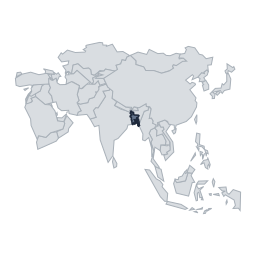 Asia, with Bangladesh highlighted
{"feature_id": "BGD", "entity_name": "Bangladesh", "entity_type": "country or territory", "adm_level": 0, "iso_a3": "BGD", "parent_name": "Asia", "parent_adm1": "", "projection": "equal_earth", "projection_center": [90.497, 23.681], "detail": "fine", "context": "in_parent", "style": "filled", "palette": "slate", "viewbox_px": 256, "rotation_deg": 0, "n_neighbors": 45, "source": "natural_earth", "source_scale": "50m", "svg_char_len": 15720}
<svg xmlns="http://www.w3.org/2000/svg" viewBox="0 0 256 256"><path d="M129.6,55.5L126.8,57.2L125.6,60.5L122.1,59.8L120.7,63.9L116.1,65.3L117.5,69.4L116.3,71.4L105.5,69.1L104.0,71.0L99.9,70.5L94.7,75.4L91.3,74.2L90.7,69.8L88.7,68.1L83.4,68.6L77.9,63.8L73.1,65.1L71.5,73.9L68.5,71.4L65.4,72.7L65.9,70.3L62.8,66.0L68.0,64.5L68.8,60.9L61.6,61.9L58.1,57.4L61.2,52.8L62.6,54.1L67.4,50.1L75.3,52.5L85.0,52.1L85.7,51.0L83.2,49.6L86.6,47.4L85.7,46.0L86.6,45.2L99.7,42.4L102.6,42.8L102.9,45.0L106.7,45.2L106.4,46.3L112.4,44.2L117.1,51.9L122.9,51.5L129.6,55.5Z" fill="#d9dde1" stroke="#a8b0b8" stroke-width="1"/><path d="M71.5,73.9L73.1,65.1L77.9,63.8L83.4,68.6L88.7,68.1L90.7,69.8L91.3,74.2L94.0,75.4L99.3,71.6L98.2,73.4L102.9,74.9L100.4,76.7L98.2,76.5L98.5,74.7L96.0,75.3L94.2,78.2L92.7,78.1L93.6,81.6L92.3,84.1L77.0,70.4L73.6,73.8L71.5,73.9Z" fill="#d9dde1" stroke="#a8b0b8" stroke-width="1"/><path d="M240.6,192.1L240.1,210.5L238.4,208.2L233.1,208.5L235.4,205.4L234.1,200.0L225.3,194.8L223.8,196.4L221.8,192.8L225.4,191.1L222.3,191.0L218.8,187.5L226.0,187.0L226.9,192.6L229.0,194.3L233.2,189.6L240.6,192.1ZM206.7,209.8L205.5,213.3L203.5,213.6L204.6,210.9L206.7,209.8ZM226.2,204.2L226.0,202.1L226.9,200.1L227.3,202.3L226.2,204.2ZM192.3,173.2L191.1,175.7L194.7,182.3L192.2,182.6L188.6,196.1L176.3,193.1L173.6,183.6L175.1,179.2L176.9,182.6L183.8,181.4L185.5,180.8L188.0,172.7L192.3,173.2ZM213.2,194.4L218.6,193.5L219.3,195.7L213.2,194.4ZM211.1,195.5L209.6,195.0L209.2,193.8L211.3,193.6L211.1,195.5ZM213.3,178.7L214.9,181.6L213.7,187.3L212.2,182.0L213.3,178.7ZM198.6,181.1L207.7,180.8L204.5,184.1L197.1,184.1L196.8,186.3L198.7,188.8L203.7,186.5L199.9,190.2L203.2,199.9L201.3,199.7L202.3,197.4L199.8,197.7L198.8,192.2L197.4,193.1L197.5,200.4L196.2,200.8L194.1,192.7L196.4,184.4L198.6,181.1ZM197.9,212.8L194.2,211.7L196.2,211.1L197.9,212.8ZM196.3,209.6L200.6,208.6L202.5,207.6L202.2,209.1L196.3,209.6ZM192.1,207.6L194.6,209.3L189.6,210.2L192.1,207.6ZM167.5,201.4L181.1,204.4L187.5,208.4L185.1,209.4L166.0,204.1L167.5,201.4ZM162.1,186.8L167.7,193.4L167.0,201.3L164.7,201.3L160.3,196.7L145.0,169.4L149.6,170.0L156.3,178.9L160.1,180.9L162.9,184.5L162.1,186.8Z" fill="#d9dde1" stroke="#a8b0b8" stroke-width="1"/><path d="M206.9,211.2L208.8,208.5L211.7,208.4L206.9,211.2Z" fill="#d9dde1" stroke="#a8b0b8" stroke-width="1"/><path d="M29.7,93.8L27.3,97.5L26.0,103.6L25.6,99.1L28.2,94.3L29.7,93.8Z" fill="#d9dde1" stroke="#a8b0b8" stroke-width="1"/><path d="M31.7,91.5L28.3,94.3L31.6,90.5L31.7,91.5Z" fill="#d9dde1" stroke="#a8b0b8" stroke-width="1"/><path d="M28.7,96.1L27.0,98.8L28.1,95.8L28.7,96.1Z" fill="#d9dde1" stroke="#a8b0b8" stroke-width="1"/><path d="M28.7,96.1L35.5,93.6L35.7,96.7L31.1,98.4L32.5,101.0L28.1,104.4L26.0,103.6L28.7,96.1Z" fill="#d9dde1" stroke="#a8b0b8" stroke-width="1"/><path d="M57.1,117.6L61.9,117.9L66.8,113.6L63.5,122.3L57.6,120.9L57.1,117.6Z" fill="#d9dde1" stroke="#a8b0b8" stroke-width="1"/><path d="M55.7,116.2L55.8,114.2L57.0,112.6L57.4,115.0L55.7,116.2Z" fill="#d9dde1" stroke="#a8b0b8" stroke-width="1"/><path d="M50.5,102.2L52.2,106.1L48.7,104.7L50.5,102.2Z" fill="#d9dde1" stroke="#a8b0b8" stroke-width="1"/><path d="M35.7,96.7L35.5,93.6L40.3,90.9L41.8,86.0L45.1,83.5L48.8,84.0L50.5,87.7L48.5,92.1L51.6,95.9L53.0,102.5L45.1,104.5L35.7,96.7Z" fill="#d9dde1" stroke="#a8b0b8" stroke-width="1"/><path d="M64.0,121.7L66.9,115.7L73.1,122.8L68.7,128.4L68.2,131.9L58.4,138.2L56.6,131.8L62.9,129.0L64.7,123.6L64.0,121.7ZM67.4,112.0L66.5,112.7L67.2,111.8L67.4,112.0Z" fill="#d9dde1" stroke="#a8b0b8" stroke-width="1"/><path d="M160.1,150.6L160.8,144.9L167.1,145.9L168.0,144.0L170.4,146.8L170.2,150.2L166.8,152.3L167.7,154.0L162.0,154.9L160.1,150.6Z" fill="#d9dde1" stroke="#a8b0b8" stroke-width="1"/><path d="M165.4,144.8L160.8,144.9L160.1,150.6L154.9,147.2L153.2,158.8L159.3,167.3L157.3,168.8L151.0,161.3L153.9,151.4L150.9,142.4L152.3,139.5L149.1,133.3L150.8,129.8L154.6,127.9L157.0,130.5L156.6,135.9L161.0,133.7L164.1,136.1L166.1,141.2L165.4,144.8Z" fill="#d9dde1" stroke="#a8b0b8" stroke-width="1"/><path d="M169.8,145.0L165.4,144.8L166.1,141.2L162.5,133.9L156.6,135.9L157.0,130.5L154.6,127.9L157.9,125.8L157.5,122.7L160.8,127.0L163.3,127.0L164.1,129.4L162.3,131.0L169.6,140.3L169.8,145.0Z" fill="#d9dde1" stroke="#a8b0b8" stroke-width="1"/><path d="M154.6,127.9L150.8,129.8L149.1,133.3L152.3,139.5L150.9,142.4L153.9,151.4L151.8,156.9L151.6,148.0L148.7,137.5L145.0,140.8L142.6,139.9L142.9,133.9L138.7,125.0L144.2,111.3L148.2,110.0L148.5,106.9L151.2,108.9L149.3,118.5L151.4,118.0L153.2,121.0L152.7,123.3L156.6,124.0L154.6,127.9Z" fill="#d9dde1" stroke="#a8b0b8" stroke-width="1"/><path d="M163.8,155.3L167.7,154.0L166.8,152.3L170.2,150.2L170.1,142.2L162.3,131.0L164.1,129.4L163.3,127.0L160.8,127.0L158.6,122.3L164.8,120.0L170.5,124.8L165.9,131.6L172.8,142.0L173.8,152.0L165.5,160.6L163.8,155.3Z" fill="#d9dde1" stroke="#a8b0b8" stroke-width="1"/><path d="M208.3,71.3L207.3,74.9L203.8,77.6L205.7,81.0L199.2,81.7L200.0,78.5L197.7,77.2L198.9,75.6L201.7,72.6L204.3,73.5L203.8,72.2L206.9,69.9L208.3,71.3Z" fill="#d9dde1" stroke="#a8b0b8" stroke-width="1"/><path d="M202.1,82.6L205.8,80.4L208.7,85.0L208.7,89.2L204.0,91.0L202.4,85.1L203.7,84.7L202.1,82.6Z" fill="#d9dde1" stroke="#a8b0b8" stroke-width="1"/><path d="M130.3,55.4L138.0,52.1L146.7,54.4L149.2,49.4L157.8,53.6L163.3,53.2L166.2,55.4L170.1,55.7L176.1,53.3L180.3,54.1L179.4,58.9L183.3,58.1L186.7,60.4L176.3,65.6L173.3,64.9L172.6,66.4L173.6,68.1L171.3,70.1L161.6,73.2L153.9,70.6L145.7,70.5L143.7,66.9L135.8,64.5L135.9,60.8L130.3,55.4Z" fill="#d9dde1" stroke="#a8b0b8" stroke-width="1"/><path d="M148.5,106.9L148.2,110.0L144.2,111.3L139.4,123.5L138.3,119.2L137.5,120.9L136.4,119.5L138.8,115.6L133.9,114.8L131.2,111.7L130.5,113.5L131.9,114.9L130.2,116.9L131.4,117.6L131.8,124.4L127.9,125.0L126.9,128.6L118.0,138.5L114.1,140.3L112.9,155.7L108.1,162.4L100.2,140.0L98.9,125.4L94.5,126.7L90.2,119.0L96.1,117.3L93.4,110.4L95.8,107.6L98.1,107.8L105.5,96.4L102.9,91.2L109.0,90.3L110.9,88.2L112.8,91.2L112.2,98.4L116.7,101.8L114.6,105.5L120.8,109.2L130.2,111.8L131.5,107.3L131.7,109.9L133.5,110.9L138.1,110.6L137.4,108.2L146.1,103.7L146.4,106.5L148.5,106.9Z" fill="#d9dde1" stroke="#a8b0b8" stroke-width="1"/><path d="M137.4,108.2L138.1,110.6L131.7,109.9L134.1,106.8L137.4,108.2Z" fill="#d9dde1" stroke="#a8b0b8" stroke-width="1"/><path d="M130.3,107.9L130.2,111.8L128.5,111.8L114.6,105.5L117.5,101.2L125.8,107.0L130.3,107.9Z" fill="#d9dde1" stroke="#a8b0b8" stroke-width="1"/><path d="M110.9,88.2L109.0,90.3L102.9,91.2L105.5,96.4L98.1,107.8L95.8,107.6L93.4,110.4L96.1,117.3L90.2,119.0L86.9,114.4L77.1,115.3L78.1,112.2L81.1,110.8L77.0,102.8L80.2,104.1L87.8,102.6L89.2,98.9L94.0,97.4L99.7,85.7L106.1,84.1L107.9,87.2L110.9,88.2Z" fill="#d9dde1" stroke="#a8b0b8" stroke-width="1"/><path d="M86.5,84.2L94.9,84.1L98.2,80.7L99.8,85.1L102.6,83.2L106.1,84.1L98.5,86.7L99.0,89.1L97.4,92.0L95.6,91.9L96.2,93.6L94.0,97.4L89.2,98.9L87.8,102.6L80.2,104.1L77.0,102.8L79.0,100.4L77.2,94.6L79.3,87.8L82.6,88.4L86.5,84.2Z" fill="#d9dde1" stroke="#a8b0b8" stroke-width="1"/><path d="M92.3,84.1L93.6,81.6L92.7,78.1L98.5,74.7L99.0,76.4L95.9,78.2L103.7,78.4L105.8,83.4L99.8,85.1L98.2,80.7L94.9,84.1L92.3,84.1Z" fill="#d9dde1" stroke="#a8b0b8" stroke-width="1"/><path d="M99.3,71.6L104.0,71.0L105.5,69.1L116.3,71.4L103.7,78.4L95.9,78.2L96.2,76.8L102.9,74.9L98.2,73.4L99.3,71.6Z" fill="#d9dde1" stroke="#a8b0b8" stroke-width="1"/><path d="M65.4,72.7L68.5,71.4L70.6,74.0L73.6,73.8L77.0,70.4L90.1,82.0L89.9,83.5L88.5,82.8L81.2,88.8L79.3,87.8L79.4,85.7L72.8,81.9L66.1,83.9L66.7,79.6L65.0,77.0L65.7,74.9L69.1,74.7L67.8,71.9L65.7,74.3L65.4,72.7Z" fill="#d9dde1" stroke="#a8b0b8" stroke-width="1"/><path d="M53.0,102.5L51.6,95.9L48.5,92.1L50.5,87.7L48.2,82.0L48.7,78.4L52.2,80.1L56.1,78.1L57.3,83.0L60.1,84.7L65.8,84.5L71.5,81.6L79.4,85.7L77.2,94.6L79.0,100.4L77.0,102.8L81.1,110.8L78.1,112.2L77.1,115.3L69.1,113.6L68.6,110.3L61.6,110.7L58.0,107.9L56.1,101.9L53.0,102.5Z" fill="#d9dde1" stroke="#a8b0b8" stroke-width="1"/><path d="M29.2,95.3L31.7,91.5L31.1,88.4L33.4,84.9L44.3,83.9L41.8,86.0L40.3,90.9L31.2,96.3L29.2,95.3Z" fill="#d9dde1" stroke="#a8b0b8" stroke-width="1"/><path d="M52.8,80.0L48.3,76.4L48.6,74.4L52.1,75.1L52.8,80.0Z" fill="#d9dde1" stroke="#a8b0b8" stroke-width="1"/><path d="M48.8,84.0L33.4,84.9L31.8,87.4L32.3,85.3L29.6,84.9L19.7,86.6L16.1,85.3L15.4,78.3L22.3,74.1L30.7,72.2L38.9,74.7L47.2,73.2L50.1,77.7L48.7,78.4L48.8,84.0ZM17.1,72.6L20.6,72.2L21.9,73.9L16.2,76.7L17.1,72.6Z" fill="#d9dde1" stroke="#a8b0b8" stroke-width="1"/><path d="M116.9,163.6L116.6,166.6L113.9,168.0L112.5,161.7L113.5,157.2L116.9,163.6Z" fill="#d9dde1" stroke="#a8b0b8" stroke-width="1"/><path d="M173.8,134.0L171.9,130.8L176.2,128.8L175.5,132.7L173.8,134.0ZM103.7,78.4L117.5,69.4L116.1,65.3L120.7,63.9L122.1,59.8L125.6,60.5L126.8,57.2L130.3,55.4L135.9,60.8L135.8,64.5L143.7,66.9L145.7,70.5L153.9,70.6L161.6,73.2L169.2,71.0L173.6,68.1L172.6,66.4L173.3,64.9L176.3,65.6L182.7,61.3L186.7,61.2L183.3,58.1L178.8,58.0L180.3,54.1L184.7,53.5L186.4,49.6L185.1,47.9L188.3,46.4L194.8,47.8L199.3,54.3L202.5,55.0L206.1,58.7L212.8,57.2L211.3,64.8L207.7,65.2L208.3,71.3L206.9,69.9L203.8,72.2L204.3,73.5L201.7,72.6L197.7,77.2L192.1,79.7L193.6,76.0L192.4,74.7L185.6,80.1L190.1,84.0L192.0,82.3L195.0,83.3L195.5,84.6L189.8,89.7L196.0,97.9L195.1,100.6L196.9,102.8L196.5,107.0L191.4,116.7L186.2,121.5L176.1,125.2L175.5,128.1L174.4,128.3L174.2,125.2L168.5,124.1L167.7,121.5L164.8,120.0L157.5,122.7L157.9,125.8L152.7,123.3L153.2,121.0L151.4,118.0L149.3,118.5L151.2,108.9L149.7,106.7L146.4,106.5L146.1,103.7L139.0,107.8L134.1,106.8L131.7,109.4L131.5,107.3L125.8,107.0L112.2,98.4L112.8,91.2L107.9,87.2L103.7,78.4Z" fill="#d9dde1" stroke="#a8b0b8" stroke-width="1"/><path d="M196.9,114.7L196.8,121.5L196.1,123.7L194.5,119.4L196.9,114.7Z" fill="#d9dde1" stroke="#a8b0b8" stroke-width="1"/><path d="M54.2,72.5L56.5,74.2L58.2,72.7L60.8,76.4L59.2,76.6L57.1,81.2L56.1,78.1L52.8,80.0L51.8,77.3L51.3,74.0L54.0,74.5L54.2,72.5ZM52.2,80.1L50.9,79.8L50.1,77.7L51.8,78.3L52.2,80.1Z" fill="#d9dde1" stroke="#a8b0b8" stroke-width="1"/><path d="M43.4,68.8L52.9,71.0L54.3,74.2L45.2,73.3L45.6,70.7L43.4,68.8Z" fill="#d9dde1" stroke="#a8b0b8" stroke-width="1"/><path d="M198.7,150.5L196.6,147.0L199.1,148.1L198.7,150.5ZM202.6,159.4L202.3,154.2L203.2,156.0L204.6,153.3L202.6,159.4ZM207.6,157.4L210.2,164.6L209.5,167.1L208.7,164.3L207.7,165.7L207.9,169.1L205.4,167.5L204.0,162.8L200.5,164.6L203.7,160.4L207.8,159.5L207.6,157.4ZM195.6,155.1L190.6,161.3L195.2,152.9L195.6,155.1ZM200.0,133.9L199.4,144.6L204.1,146.2L204.5,149.6L202.0,146.8L197.2,146.0L197.9,144.1L195.5,141.7L196.7,133.1L200.0,133.9ZM200.4,155.5L200.0,151.4L202.6,152.3L200.4,155.5ZM207.5,150.7L208.2,153.8L206.6,153.0L206.3,156.3L204.9,149.6L207.5,150.7Z" fill="#d9dde1" stroke="#a8b0b8" stroke-width="1"/><path d="M155.0,166.6L161.1,169.3L163.8,181.2L157.8,177.0L155.0,166.6ZM192.3,173.2L188.0,172.7L185.5,180.8L176.9,182.6L175.5,181.0L175.1,179.2L178.3,179.6L178.7,177.2L182.1,176.1L184.6,172.1L187.0,172.6L189.7,165.3L194.9,169.6L192.3,173.2Z" fill="#d9dde1" stroke="#a8b0b8" stroke-width="1"/><path d="M187.1,169.5L187.0,172.6L185.5,173.5L184.6,172.1L187.1,169.5Z" fill="#d9dde1" stroke="#a8b0b8" stroke-width="1"/><path d="M230.8,79.0L229.9,89.1L224.4,90.5L222.2,93.4L220.3,90.5L212.8,92.3L215.0,94.2L214.4,98.5L212.2,98.6L212.4,96.3L210.0,93.8L215.3,88.4L221.0,88.1L222.2,83.7L223.7,84.9L226.8,81.4L226.7,74.1L228.5,73.7L230.8,79.0ZM232.8,67.6L233.8,66.6L234.9,69.2L231.5,72.2L228.2,70.6L227.9,73.2L225.8,73.2L225.0,70.9L227.3,68.9L227.0,63.8L232.8,67.6ZM215.6,93.4L218.2,91.1L220.1,92.5L217.2,95.3L215.6,93.4Z" fill="#d9dde1" stroke="#a8b0b8" stroke-width="1"/><path d="M56.6,131.8L58.4,138.2L56.3,141.1L37.8,149.3L36.5,142.2L38.7,135.7L45.9,137.4L50.6,132.8L56.6,131.8Z" fill="#d9dde1" stroke="#a8b0b8" stroke-width="1"/><path d="M26.0,104.0L31.3,102.3L32.5,101.0L31.1,98.4L35.7,96.7L45.1,104.5L50.4,104.9L55.0,111.0L57.6,120.9L64.0,121.7L64.7,123.6L62.9,129.0L50.6,132.8L45.9,137.4L38.7,135.7L37.1,139.1L31.1,125.5L30.6,119.0L24.8,107.4L26.0,104.0Z" fill="#d9dde1" stroke="#a8b0b8" stroke-width="1"/><path d="M28.7,87.8L25.0,90.5L23.9,89.2L28.7,87.8Z" fill="#d9dde1" stroke="#a8b0b8" stroke-width="1"/><path d="M132.1,123.4L132.1,123.1L132.1,122.9L132.0,122.2L131.9,121.9L131.9,121.7L131.8,121.3L131.8,121.1L131.7,120.8L131.9,120.4L131.6,120.3L131.5,120.2L131.4,120.1L131.5,119.7L131.4,119.6L131.3,119.4L131.2,119.3L131.2,119.1L131.3,118.7L131.4,118.2L131.5,118.0L131.5,117.7L131.3,117.3L131.0,117.3L130.8,117.2L130.7,117.0L130.6,116.9L130.5,117.0L130.3,116.9L130.2,116.7L130.1,116.4L130.3,115.8L130.4,115.7L130.6,115.8L130.8,115.6L131.0,115.0L131.4,115.0L131.5,115.1L131.8,115.0L131.9,114.9L131.8,114.6L131.7,114.6L131.6,114.3L131.6,114.2L131.2,114.2L130.8,113.7L130.6,113.4L130.4,113.4L130.2,113.2L130.3,113.0L130.3,112.8L130.4,112.6L130.5,112.4L130.7,112.2L130.8,112.0L130.9,111.9L131.0,111.8L130.9,111.7L130.8,111.4L131.1,111.5L131.3,111.7L131.4,111.9L131.4,112.1L131.5,112.1L131.9,112.2L132.0,112.2L131.9,111.9L132.0,111.8L132.0,111.7L132.1,111.8L132.3,112.0L132.3,112.3L132.4,112.6L132.6,112.8L132.8,112.8L133.0,112.9L133.2,112.7L133.2,112.4L133.3,112.3L133.5,112.4L133.7,113.0L133.6,113.3L133.7,114.0L133.6,114.5L133.8,114.7L134.0,114.8L134.3,114.9L134.5,115.0L134.9,115.1L135.2,115.1L135.3,115.1L135.5,115.1L136.1,115.1L136.6,115.1L136.8,115.1L137.0,115.2L137.6,115.1L138.1,115.1L138.4,115.2L138.8,115.5L139.0,115.7L139.0,115.8L138.9,115.9L138.5,115.8L138.5,116.1L138.4,116.4L138.3,116.9L138.2,117.1L137.9,117.3L137.8,117.5L137.7,117.7L137.4,117.7L137.3,117.8L137.2,117.9L137.1,118.0L136.8,117.9L136.8,118.0L136.7,118.0L136.5,118.4L136.4,118.8L136.4,119.1L136.4,119.3L136.6,119.9L136.7,120.6L136.8,120.7L136.8,120.4L137.0,120.5L137.1,120.8L137.3,121.0L137.4,120.9L137.6,120.8L137.6,120.6L137.6,120.3L137.6,120.1L137.6,119.9L137.9,119.6L137.9,119.3L137.9,119.1L138.0,119.0L138.3,119.0L138.5,119.1L138.6,119.6L138.7,120.0L138.7,120.7L138.8,121.1L138.9,121.4L139.0,121.6L139.1,121.8L139.1,122.2L139.1,122.5L139.2,123.5L139.2,123.8L139.3,124.7L139.3,125.0L139.3,125.4L139.4,125.5L139.2,125.6L139.0,125.3L138.8,125.2L138.7,125.1L138.5,125.3L138.4,125.5L138.5,125.8L138.5,126.0L138.6,126.3L138.7,126.5L138.7,126.9L138.6,126.6L138.5,126.4L138.2,125.8L138.1,124.9L138.1,124.5L137.9,123.9L137.8,123.2L137.7,123.0L137.8,122.7L137.7,122.8L137.5,122.5L137.4,122.2L137.1,121.7L137.0,121.4L137.0,121.2L136.9,121.5L136.7,121.6L136.5,121.9L136.4,121.9L135.9,122.0L135.7,121.7L135.4,120.8L135.3,120.6L135.4,120.2L135.3,119.7L135.2,119.3L135.2,119.5L135.2,119.8L134.9,119.7L134.6,119.7L134.8,119.9L135.1,120.0L135.2,120.4L135.2,120.5L135.0,120.8L135.1,121.2L134.9,121.4L134.9,121.6L135.0,121.8L135.0,122.0L135.2,122.4L135.3,122.6L135.2,122.9L135.1,123.0L134.7,123.5L134.6,123.9L134.5,124.1L134.4,124.1L134.2,123.9L134.2,123.7L134.5,123.2L134.3,123.2L134.2,123.3L133.9,123.5L133.9,123.3L133.8,123.1L133.8,122.8L134.0,122.3L133.8,122.6L133.7,122.8L133.8,123.1L133.7,123.4L133.7,123.7L133.5,123.8L133.4,123.9L133.3,124.1L133.2,124.2L133.1,123.6L133.0,122.9L133.0,123.0L133.0,123.5L133.0,123.8L132.9,124.1L132.7,124.4L132.3,124.2L132.2,124.0L132.2,123.6L132.1,123.4ZM135.6,123.4L135.2,123.5L135.1,123.4L135.4,122.7L135.4,122.4L135.3,122.1L135.2,121.9L135.1,121.6L135.0,121.3L135.4,121.4L135.4,121.5L135.5,121.9L135.8,122.3L135.8,122.5L135.7,123.2L135.6,123.4ZM136.4,123.1L136.1,123.3L136.2,122.2L136.4,122.6L136.4,122.8L136.4,123.1ZM137.2,122.6L136.9,122.3L136.9,122.0L137.0,121.9L137.0,122.0L137.1,122.3L137.2,122.5L137.2,122.6ZM138.0,124.9L137.8,125.0L137.8,124.9L137.8,124.4L138.0,124.5L138.0,124.9ZM137.8,124.1L137.7,124.3L137.7,124.1L137.7,123.9L137.8,123.8L137.8,124.1ZM135.3,121.0L135.2,121.0L135.1,120.9L135.3,121.0Z" fill="#64748b" stroke="#1e293b" stroke-width="1.5"/></svg>